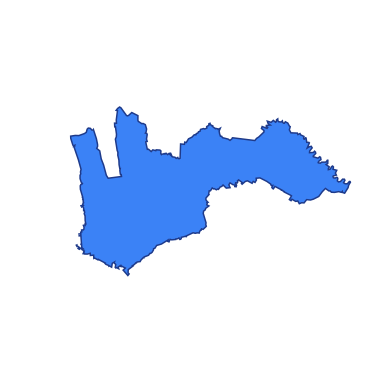 outline of NCR, Third District, Valenzuela, Philippines, rotated 30°
{"feature_id": "2640588B11276327116073", "entity_name": "NCR, Third District", "entity_type": "district", "adm_level": 2, "iso_a3": "PHL", "parent_name": "Philippines", "parent_adm1": "Valenzuela", "projection": "mercator", "projection_center": [120.97, 14.71], "detail": "fine", "context": "isolated", "style": "filled", "palette": "blue", "viewbox_px": 384, "rotation_deg": 30, "n_neighbors": 0, "source": "geoboundaries", "source_scale": "gbopen_adm2", "svg_char_len": 6052}
<svg xmlns="http://www.w3.org/2000/svg" viewBox="0 0 384 384"><g transform="rotate(30 192 192)"><path d="M59.0,204.3L60.2,206.2L65.3,210.9L66.1,211.3L67.0,210.3L67.0,211.2L67.9,210.1L66.8,211.8L67.7,212.3L67.5,212.7L67.8,212.4L77.5,220.9L84.6,227.9L85.4,230.4L86.6,231.9L86.7,233.5L88.4,236.4L91.0,238.8L92.8,239.5L92.6,239.9L93.1,239.7L92.1,240.8L92.1,242.5L94.0,245.5L99.9,251.1L99.7,251.4L101.4,252.7L101.2,253.2L102.5,254.1L102.7,255.1L103.5,255.5L103.4,257.3L104.6,257.9L102.1,259.9L103.7,258.8L104.1,259.9L104.7,259.1L106.2,260.1L107.4,262.2L107.9,261.8L109.2,263.3L109.5,264.7L111.3,266.1L113.8,270.2L116.1,272.8L116.1,273.6L114.8,272.1L116.0,273.8L114.6,275.2L116.0,276.3L117.0,278.4L116.9,279.0L115.4,280.1L116.5,281.7L115.7,282.4L116.6,283.8L114.5,285.3L116.7,283.9L117.5,285.3L115.6,286.8L117.7,285.5L122.4,292.4L121.4,293.2L122.5,292.5L124.3,295.2L125.2,295.4L124.6,295.6L124.7,296.4L124.1,296.5L118.9,296.0L118.7,295.5L118.4,295.9L119.2,296.4L119.2,296.1L122.6,296.4L122.5,297.4L121.4,297.4L121.4,297.8L122.5,298.0L123.8,297.8L122.5,297.7L122.8,296.5L125.9,296.7L126.1,297.5L126.3,296.6L127.5,296.7L127.7,297.3L128.3,297.2L128.5,299.5L129.1,298.9L129.6,299.6L132.4,298.1L134.5,296.0L135.7,297.8L138.4,295.9L140.2,298.6L140.7,297.9L144.5,297.8L144.5,297.2L152.3,296.9L152.2,297.3L153.6,297.7L156.4,297.3L157.1,297.8L157.3,297.3L160.0,297.3L158.6,293.6L159.8,291.5L159.9,292.3L162.2,292.9L163.2,295.7L164.1,295.9L164.4,295.2L166.9,295.1L165.6,293.8L166.4,292.3L167.5,292.1L166.8,291.4L167.1,291.0L167.9,291.4L172.3,291.2L171.4,294.1L178.2,296.4L178.5,294.4L177.0,293.9L175.6,291.1L177.9,285.6L177.3,285.6L178.5,283.1L178.7,281.5L179.4,281.2L179.4,280.1L181.9,278.2L181.8,276.6L182.6,273.4L183.3,273.0L183.0,272.2L186.0,268.5L186.2,266.3L186.9,265.9L187.6,264.2L187.6,261.6L187.1,260.3L188.0,259.2L188.1,256.0L191.6,252.3L195.2,245.6L195.6,246.9L197.0,246.7L196.7,244.0L198.3,243.6L201.7,241.2L201.5,240.7L203.0,239.6L203.7,238.3L205.1,239.2L205.8,238.6L205.9,237.6L205.4,236.6L208.1,234.0L210.0,233.2L208.8,233.2L213.3,226.8L215.5,226.1L216.9,224.8L218.8,223.9L218.4,222.6L218.5,220.9L219.0,220.6L218.7,219.2L220.3,218.8L221.4,215.1L221.5,214.5L220.2,213.3L219.6,211.7L212.4,204.9L211.6,202.7L212.4,200.8L212.0,199.4L213.6,195.6L211.2,195.7L210.8,194.1L210.2,193.7L211.0,192.9L208.7,192.2L207.6,191.4L207.1,190.1L208.0,185.8L207.6,185.8L206.3,182.4L207.4,181.7L207.5,178.4L209.0,178.6L209.5,178.0L212.0,177.9L213.0,176.3L213.6,176.4L213.9,173.6L215.0,172.3L215.4,170.4L219.7,171.5L222.8,169.2L220.3,167.3L220.4,165.1L223.7,165.2L225.7,164.6L226.3,165.9L227.6,165.4L227.2,163.8L225.3,162.8L225.2,162.2L226.6,161.6L226.6,160.3L225.8,159.7L226.3,158.2L230.7,158.7L230.5,159.8L231.5,160.2L232.9,156.2L234.4,154.6L239.7,154.4L239.7,152.2L241.8,152.2L241.8,148.9L241.6,149.3L240.7,148.0L243.8,145.8L251.5,145.4L256.3,145.8L256.7,146.4L257.6,146.6L258.7,145.9L258.8,148.0L260.0,148.7L260.9,148.6L261.0,145.7L268.2,145.4L268.5,145.8L269.6,145.3L270.5,145.7L271.7,145.5L271.8,145.9L279.0,145.5L280.1,145.6L280.1,149.9L282.1,150.0L282.2,148.3L286.5,148.3L288.1,146.9L290.8,148.5L292.3,146.5L294.5,145.4L295.1,141.3L298.6,139.7L300.7,137.5L304.0,132.5L304.7,126.5L305.8,122.2L310.0,122.6L311.0,122.0L312.8,122.5L315.6,121.1L318.9,118.3L321.5,117.6L321.9,116.4L322.4,117.2L324.8,116.7L325.0,110.2L324.3,107.9L324.3,104.3L323.7,103.9L323.0,104.2L322.4,107.2L320.6,108.3L318.6,108.2L318.6,105.4L317.6,104.7L316.0,105.6L315.3,108.7L313.8,110.0L312.3,109.7L311.6,107.5L310.7,106.8L310.0,106.9L309.1,108.3L307.4,109.0L306.4,108.2L306.3,107.4L308.6,105.2L306.7,103.9L306.5,100.8L302.8,101.8L302.0,99.6L300.8,99.2L300.3,100.0L300.2,103.2L298.9,104.5L298.3,103.4L298.4,101.6L294.4,101.2L295.3,99.4L293.8,96.6L293.3,96.8L293.1,99.1L289.3,101.4L288.8,102.8L286.8,103.6L286.4,103.2L286.6,101.4L287.5,99.5L286.0,97.7L285.0,97.6L284.1,99.7L279.4,100.8L279.0,100.3L279.9,96.8L279.0,95.7L277.7,95.4L277.4,97.0L274.1,99.2L273.4,97.7L274.0,93.7L272.4,92.8L270.8,94.4L269.8,96.3L269.1,90.8L268.5,90.6L266.5,91.6L263.8,88.2L263.2,88.3L263.0,90.0L262.4,90.2L261.7,89.6L261.2,87.9L257.6,88.2L256.3,87.4L255.0,89.3L253.8,88.3L248.1,91.3L245.2,89.5L244.4,86.3L243.4,86.2L240.5,84.4L237.7,84.5L237.6,86.3L237.0,86.6L235.8,86.4L234.7,85.2L234.2,86.8L232.0,87.8L230.8,87.4L229.7,85.8L229.1,87.2L229.8,89.0L229.5,89.8L226.6,89.3L225.7,92.1L221.8,93.0L223.6,94.6L226.3,94.9L223.1,97.2L223.3,97.9L225.3,98.3L225.2,99.4L220.0,100.2L220.4,102.3L223.6,102.8L224.3,104.1L222.3,111.0L221.1,113.3L220.7,116.0L200.4,124.6L199.9,124.9L200.0,125.9L199.1,128.3L196.9,128.1L191.2,129.7L189.8,128.9L188.8,129.5L186.8,127.8L185.0,125.6L184.6,122.6L183.3,124.7L182.8,124.4L180.6,125.1L180.5,125.5L176.7,124.9L176.8,124.4L174.1,124.5L173.3,123.5L172.5,124.3L173.2,125.9L172.0,128.0L172.9,129.2L171.5,131.1L170.4,131.2L168.1,133.5L168.6,135.3L167.5,136.6L167.6,137.9L166.5,139.4L166.8,140.4L165.3,141.4L164.5,144.6L162.4,147.7L162.3,152.0L160.8,152.4L161.6,154.5L158.1,156.1L164.8,168.7L164.2,169.6L163.3,169.9L162.4,169.2L161.5,170.8L159.9,170.4L157.3,171.4L154.1,169.1L153.7,169.4L154.8,170.7L152.8,170.2L152.2,171.8L150.1,171.4L149.6,172.7L148.7,172.6L148.0,173.7L146.6,174.4L146.6,174.8L145.6,174.2L144.6,172.0L143.3,171.7L139.9,173.4L140.0,174.3L137.0,175.1L136.4,177.4L132.9,176.7L132.0,177.4L127.0,171.9L126.9,171.4L127.9,170.6L126.1,168.9L124.5,164.7L123.6,163.9L122.2,164.3L122.2,162.9L121.2,160.2L117.9,157.0L115.4,157.1L114.4,157.9L110.2,157.7L109.3,157.0L107.0,152.9L100.1,153.3L98.8,157.4L98.1,158.3L97.0,158.5L88.3,154.6L86.8,154.6L85.8,156.9L85.5,159.2L86.8,158.8L90.4,167.5L92.2,170.2L90.5,171.1L92.5,174.2L93.1,173.8L97.7,179.7L98.9,182.1L99.2,184.5L106.4,193.4L108.0,194.7L109.4,197.3L112.8,201.0L115.2,204.8L117.9,208.0L118.2,207.7L118.8,209.5L120.8,212.1L121.4,212.7L122.0,212.3L123.2,213.8L112.5,222.0L109.5,220.4L101.9,212.8L96.8,208.7L91.5,202.5L87.7,201.9L87.4,199.6L86.4,198.0L82.5,193.6L75.4,187.2L75.4,187.8L74.4,188.4L72.1,187.7L70.2,188.5L69.8,190.0L70.6,193.2L69.6,195.2L65.8,199.7L62.6,201.4L59.0,204.3Z" fill="#3b82f6" stroke="#1e3a8a" stroke-width="1.5"/></g></svg>